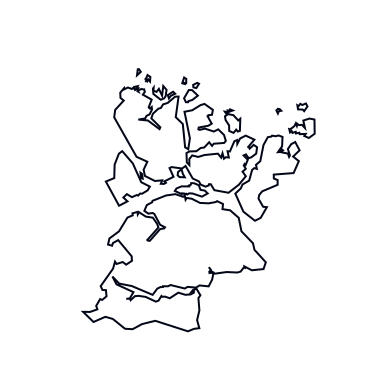 outline of Tromsø nor, Troms, Norway, rotated 74°
{"feature_id": "86288312B12055584821312", "entity_name": "Tromsø nor", "entity_type": "district", "adm_level": 2, "iso_a3": "NOR", "parent_name": "Norway", "parent_adm1": "Troms", "projection": "orthographic", "projection_center": [18.78, 69.672], "detail": "fine", "context": "isolated", "style": "outline", "palette": "ink", "viewbox_px": 384, "rotation_deg": 74, "n_neighbors": 0, "source": "geoboundaries", "source_scale": "gbopen_adm2", "svg_char_len": 6038}
<svg xmlns="http://www.w3.org/2000/svg" viewBox="0 0 384 384"><g transform="rotate(74 192 192)"><path d="M324.9,222.5L316.5,222.4L307.8,217.5L295.8,215.1L293.6,212.4L286.4,214.3L286.4,217.9L287.7,219.8L287.5,217.4L289.3,218.0L290.1,221.4L289.0,226.7L285.0,232.9L288.0,242.7L285.1,246.8L284.4,250.3L283.9,249.8L283.5,250.0L287.2,254.1L287.4,257.0L280.1,265.4L277.1,272.0L276.4,275.6L279.1,280.8L277.6,280.8L276.6,284.6L277.1,281.0L272.1,275.9L260.0,290.0L251.3,291.8L260.0,287.2L265.8,275.8L280.0,258.2L275.4,252.1L274.7,248.7L275.3,246.1L274.6,245.9L276.0,241.0L275.5,238.3L282.8,225.5L282.0,222.4L285.0,214.5L283.9,210.5L287.3,202.0L281.8,196.8L275.6,193.6L274.6,197.5L273.3,197.3L272.4,195.4L268.9,196.5L272.3,195.2L274.6,196.7L274.4,194.3L276.8,192.6L278.5,180.7L281.9,170.6L281.9,167.2L279.0,163.2L279.5,162.2L278.0,162.1L283.7,156.1L285.8,144.5L279.9,140.4L264.8,147.9L258.1,147.5L243.4,155.3L229.7,154.2L220.1,160.4L216.9,167.4L212.1,165.5L207.7,170.4L208.2,171.9L207.5,179.1L204.7,187.3L198.4,194.1L196.3,198.7L197.7,200.3L194.1,200.0L194.2,201.9L189.5,208.5L188.2,217.9L189.6,232.4L190.9,233.2L192.1,239.0L197.0,243.0L200.8,239.9L201.3,235.7L202.7,234.3L214.7,231.7L218.5,227.7L219.3,228.7L218.9,232.9L227.3,246.0L226.8,247.5L225.8,248.2L216.9,234.1L213.0,234.3L205.9,236.7L202.9,243.2L196.8,248.5L198.6,250.3L196.1,249.9L196.1,255.1L198.1,255.4L198.8,261.1L209.7,273.0L213.9,284.2L219.4,287.2L221.6,283.6L219.3,282.1L217.9,276.2L237.2,267.7L241.6,268.7L243.7,275.3L240.2,277.9L240.4,284.4L237.7,285.2L243.9,289.0L257.3,305.7L261.5,305.1L262.6,301.8L268.7,302.9L271.0,308.1L269.6,309.8L275.1,315.5L278.7,315.3L279.2,323.0L277.2,329.7L289.8,322.5L288.1,309.7L292.2,303.1L305.0,294.1L307.5,286.9L305.2,276.4L305.7,262.8L324.8,234.3L324.1,227.8L324.9,222.5ZM166.9,117.1L163.7,119.7L166.2,124.6L164.4,124.7L164.7,126.3L158.9,117.6L152.6,124.8L153.8,131.0L158.3,135.2L154.5,134.3L154.9,137.3L163.5,144.4L162.6,146.6L169.0,147.1L167.9,149.9L168.8,152.1L163.2,152.0L167.0,154.5L162.3,156.5L159.9,169.9L160.0,176.4L156.9,181.7L159.6,185.5L165.4,187.1L162.1,188.8L153.1,186.6L152.3,183.3L154.0,176.6L152.1,171.5L152.6,168.0L148.9,161.8L153.2,160.0L151.6,157.8L153.7,147.6L152.2,145.4L146.0,145.5L139.0,149.5L139.9,154.3L134.6,162.2L134.4,167.5L133.5,168.6L131.9,167.8L132.8,158.0L131.7,154.2L122.8,156.3L123.8,155.9L122.4,156.1L123.6,155.4L122.7,155.0L123.3,151.5L118.8,149.3L110.8,155.7L110.8,159.6L113.5,169.3L112.8,177.1L139.8,179.2L149.8,183.8L147.2,186.3L124.1,182.1L115.6,187.0L96.6,178.6L95.7,181.9L99.7,190.8L99.8,195.6L102.7,198.9L102.6,201.3L106.0,208.0L110.0,210.8L121.1,204.6L122.6,205.9L111.1,214.7L107.6,223.6L108.4,216.8L106.2,214.6L105.7,211.4L101.7,207.7L99.2,207.3L100.3,209.4L98.7,210.3L92.1,205.3L84.9,212.4L82.7,209.7L79.3,209.7L80.3,210.0L79.0,212.2L79.7,216.1L80.8,215.9L80.1,216.6L77.7,215.1L77.8,216.9L75.3,214.9L75.1,218.5L79.1,218.4L75.5,219.6L76.4,221.4L73.9,224.8L74.8,229.8L74.6,230.1L73.5,228.5L73.3,228.5L76.8,233.6L81.9,234.8L85.3,232.4L91.9,243.2L98.8,246.2L142.9,235.6L150.6,226.6L157.3,232.4L163.6,232.8L171.2,224.6L172.6,217.4L175.5,219.7L176.5,216.8L176.0,214.6L174.2,215.6L172.3,205.6L162.8,207.0L162.4,204.8L166.7,195.0L165.2,191.0L179.2,187.6L183.8,182.4L187.2,181.7L190.6,177.5L190.3,174.1L189.2,173.6L189.7,171.8L196.4,170.0L202.8,157.1L197.9,144.9L191.7,135.9L186.4,137.8L184.5,133.9L180.7,134.9L179.5,133.6L180.7,132.9L176.4,129.5L171.1,132.3L170.7,129.8L175.1,128.2L175.0,125.4L172.8,119.7L166.9,117.1ZM172.4,79.0L173.4,83.5L177.1,88.0L183.8,87.8L185.0,89.0L181.5,89.2L177.8,96.4L177.0,93.1L175.3,94.2L177.8,96.4L177.4,98.4L172.9,92.8L164.0,89.8L161.5,93.2L161.5,96.1L159.9,99.5L160.6,100.4L160.2,104.0L166.5,110.3L181.2,117.9L183.5,123.0L187.6,123.3L186.2,125.5L187.3,128.1L196.8,133.9L198.7,141.3L202.0,144.1L205.5,150.8L225.1,148.0L237.0,139.4L235.8,133.1L227.2,124.2L225.8,127.7L216.7,129.9L213.4,128.2L210.7,124.3L208.7,107.7L204.1,106.4L201.6,109.6L197.8,108.6L201.8,89.1L191.8,80.8L185.8,85.0L181.6,77.1L172.4,79.0ZM185.1,265.9L183.2,256.6L178.4,259.5L176.1,255.2L180.4,251.2L179.7,245.8L180.6,244.8L179.2,242.4L179.9,240.4L178.2,234.2L175.2,231.0L168.6,238.1L148.2,241.0L133.5,247.8L135.0,251.7L144.3,258.8L157.2,262.9L158.2,271.9L185.1,265.9ZM156.1,54.3L153.8,58.8L154.0,65.3L161.6,65.8L157.7,67.8L157.2,70.8L155.5,72.0L157.3,73.0L154.6,73.3L157.0,75.6L158.8,80.4L158.3,81.2L161.7,81.3L160.8,79.4L162.9,79.1L162.7,75.7L164.4,75.9L164.6,72.5L166.1,72.5L167.5,66.7L169.1,68.6L172.3,64.8L169.8,58.0L156.1,54.3ZM197.7,177.3L194.2,179.3L192.3,183.2L187.4,183.6L184.2,187.5L183.2,190.3L184.7,191.2L185.0,194.1L185.4,192.7L185.9,193.0L183.7,200.5L184.3,205.9L186.3,208.2L191.2,202.4L190.5,202.0L191.4,199.7L192.7,200.1L192.2,197.8L193.1,197.3L192.5,195.0L193.6,191.9L199.2,183.7L197.7,177.3ZM146.4,129.1L134.9,125.4L136.0,127.8L129.6,131.0L127.1,135.8L128.3,139.4L132.0,139.9L138.2,138.0L143.6,139.4L146.6,135.7L144.2,132.3L146.5,131.3L146.4,129.1ZM86.8,188.3L82.2,190.4L91.1,194.2L83.7,195.4L86.0,198.5L84.0,201.1L81.1,200.1L81.9,201.1L87.1,202.1L94.7,196.6L94.3,193.0L92.6,190.9L86.8,188.3ZM101.0,159.8L94.1,163.8L93.1,166.9L99.7,173.8L104.0,173.1L104.6,170.9L103.7,170.4L103.6,166.3L101.0,159.8ZM141.6,57.4L138.3,58.1L138.8,62.0L137.1,63.6L138.8,65.8L137.7,66.8L141.8,67.3L143.3,62.8L145.2,61.9L141.6,57.4ZM175.9,194.9L172.0,195.8L167.4,195.8L168.9,199.9L172.0,201.2L174.2,199.9L175.9,194.9ZM92.9,181.1L90.4,182.6L92.2,188.5L95.7,188.4L93.7,185.8L92.9,181.1ZM85.8,167.6L81.7,166.3L79.8,168.0L84.8,171.4L86.1,169.3L85.0,169.3L85.8,167.6ZM69.9,200.3L67.3,202.5L70.6,205.1L70.0,206.2L71.7,204.5L73.2,206.5L72.5,204.8L73.3,204.4L71.7,203.0L74.2,201.9L69.9,200.3ZM89.9,155.4L88.5,156.9L89.4,161.4L91.8,161.8L93.3,159.2L89.9,155.4ZM165.6,235.7L160.9,235.0L159.3,236.2L164.6,237.2L165.6,235.7ZM62.4,208.1L59.2,209.2L59.1,210.3L64.7,212.7L62.4,208.1ZM124.9,130.3L123.0,132.7L124.1,134.1L123.5,135.2L125.1,135.3L123.8,138.3L126.4,137.4L125.2,135.6L124.9,130.3ZM138.5,83.8L136.6,84.8L135.7,86.4L136.8,88.4L140.2,87.8L138.3,86.3L138.5,83.8Z" fill="none" stroke="#020617" stroke-width="2"/></g></svg>